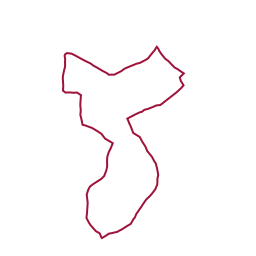 outline of Iguegben, Edo, Nigeria, rotated 158°
{"feature_id": "59680162B67610911656226", "entity_name": "Iguegben", "entity_type": "district", "adm_level": 2, "iso_a3": "NGA", "parent_name": "Nigeria", "parent_adm1": "Edo", "projection": "albers", "projection_center": [6.246, 6.513], "detail": "fine", "context": "isolated", "style": "outline", "palette": "rose", "viewbox_px": 256, "rotation_deg": 158, "n_neighbors": 0, "source": "geoboundaries", "source_scale": "gbopen_adm2", "svg_char_len": 1978}
<svg xmlns="http://www.w3.org/2000/svg" viewBox="0 0 256 256"><g transform="rotate(158 128 128)"><path d="M193.4,35.7L192.3,35.9L188.9,36.4L185.1,37.2L183.0,36.7L176.5,35.7L175.2,36.0L171.7,36.3L165.3,37.5L162.0,38.0L161.5,38.0L159.9,39.2L158.4,40.4L157.2,41.4L155.1,42.5L152.4,45.3L149.4,47.2L148.1,48.1L145.5,49.7L142.3,52.0L138.0,54.8L132.6,57.0L130.5,58.1L125.7,60.9L121.9,64.8L119.8,69.8L117.6,73.1L116.6,77.5L116.1,80.3L115.5,84.7L115.9,86.4L116.1,87.4L116.3,89.6L116.6,92.4L118.8,99.5L118.8,104.5L119.4,107.2L119.9,110.0L120.5,115.4L123.0,118.7L125.0,121.4L124.9,127.6L125.0,131.2L125.2,132.3L125.0,133.5L125.0,133.9L125.0,134.1L125.1,137.0L115.4,137.9L112.0,138.1L111.0,138.1L109.4,137.8L106.0,138.7L101.8,138.2L96.9,138.2L93.2,138.3L89.4,137.2L69.6,142.9L63.7,145.1L60.5,146.8L61.4,151.8L61.0,155.6L55.8,157.7L58.6,161.8L60.0,164.1L62.1,166.6L63.7,170.4L65.4,174.8L67.5,178.1L69.2,183.6L70.2,188.0L70.2,190.2L70.9,192.5L71.7,192.0L74.0,190.2L77.2,188.5L80.4,186.8L83.1,185.1L86.3,184.5L92.8,183.9L96.0,184.4L100.3,184.4L104.6,184.4L108.9,184.3L113.2,183.2L120.7,182.6L125.2,184.4L126.0,184.7L127.1,186.9L130.4,190.7L132.0,192.9L134.1,195.6L136.8,198.9L138.4,201.7L140.6,204.1L143.3,207.1L148.7,213.7L152.4,218.0L156.4,220.3L158.6,219.9L159.7,218.8L160.5,215.2L161.6,213.0L162.6,210.2L163.7,208.0L165.8,205.2L168.0,201.9L169.6,199.2L172.2,191.4L174.3,187.0L172.7,184.3L168.4,182.7L165.2,181.0L162.0,180.0L159.3,176.1L160.4,173.9L162.0,170.6L163.2,168.1L163.6,167.3L165.1,162.3L167.3,157.9L167.8,154.1L168.9,148.0L166.7,146.4L161.3,141.5L157.6,136.6L157.2,136.0L154.9,132.7L153.2,126.7L148.6,120.7L147.8,119.6L151.6,115.7L155.1,112.6L158.0,109.0L159.6,105.7L161.7,100.2L163.9,96.9L166.5,94.1L168.1,92.4L171.9,90.8L173.5,90.5L181.5,89.0L185.3,87.9L188.0,85.6L191.2,81.8L192.4,77.4L193.3,74.0L195.4,69.6L198.1,64.1L200.2,60.2L199.7,54.7L199.1,52.0L198.0,48.7L196.4,44.3L193.7,41.0L193.7,37.7L193.7,36.6L193.4,35.7Z" fill="none" stroke="#9f1239" stroke-width="2"/></g></svg>